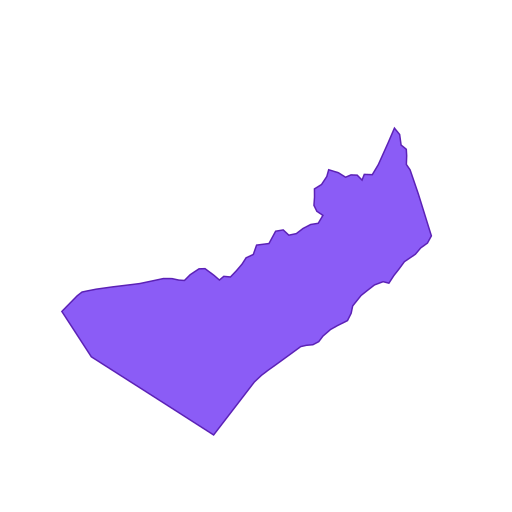 outline of Tracunhaém, Pernambuco, Brazil, rotated 28°
{"feature_id": "56859067B39604010475320", "entity_name": "Tracunhaém", "entity_type": "district", "adm_level": 2, "iso_a3": "BRA", "parent_name": "Brazil", "parent_adm1": "Pernambuco", "projection": "natural_earth1", "projection_center": [-35.157, -7.742], "detail": "fine", "context": "isolated", "style": "filled", "palette": "violet", "viewbox_px": 512, "rotation_deg": 28, "n_neighbors": 0, "source": "geoboundaries", "source_scale": "gbopen_adm2", "svg_char_len": 1268}
<svg xmlns="http://www.w3.org/2000/svg" viewBox="0 0 512 512"><g transform="rotate(28 256 256)"><path d="M283.4,184.1L288.8,188.0L296.0,188.7L295.6,197.9L289.5,202.5L284.6,209.6L281.1,217.3L275.2,222.2L267.8,220.2L261.7,224.9L261.6,238.9L251.4,246.1L252.9,255.9L248.1,262.2L247.5,269.7L245.6,278.3L243.3,286.5L237.1,289.1L235.0,294.4L228.0,292.8L216.9,291.1L211.7,294.1L206.7,303.3L204.3,311.2L199.2,313.5L192.4,315.4L184.8,319.4L175.4,327.3L166.3,334.9L159.5,339.7L144.0,350.5L130.5,360.3L123.6,365.9L119.3,369.5L116.8,375.1L112.6,389.3L110.6,396.1L125.6,404.4L145.1,415.2L157.9,422.3L238.4,428.7L302.6,433.9L313.7,368.0L316.8,358.8L320.5,350.8L324.7,342.4L329.2,333.2L338.0,315.0L342.4,311.2L347.9,307.6L351.6,302.2L352.7,295.3L356.3,285.9L360.6,279.2L367.1,270.1L366.9,261.9L364.8,254.7L367.3,241.5L370.7,233.7L374.2,225.9L380.3,219.0L386.1,217.6L386.9,208.5L388.3,200.8L389.7,191.3L395.9,179.6L397.6,171.6L401.3,164.1L401.4,155.9L370.2,125.0L351.6,107.6L345.8,104.6L342.0,96.8L338.6,91.2L332.0,89.9L325.8,81.3L318.2,78.1L319.5,93.8L321.1,117.8L320.5,129.6L313.3,133.1L314.0,139.2L307.4,137.1L301.8,139.8L298.1,144.4L289.7,143.8L279.7,145.7L281.2,152.6L280.3,162.1L276.1,169.3L280.0,176.5L283.4,184.1Z" fill="#8b5cf6" stroke="#5b21b6" stroke-width="1.5"/></g></svg>